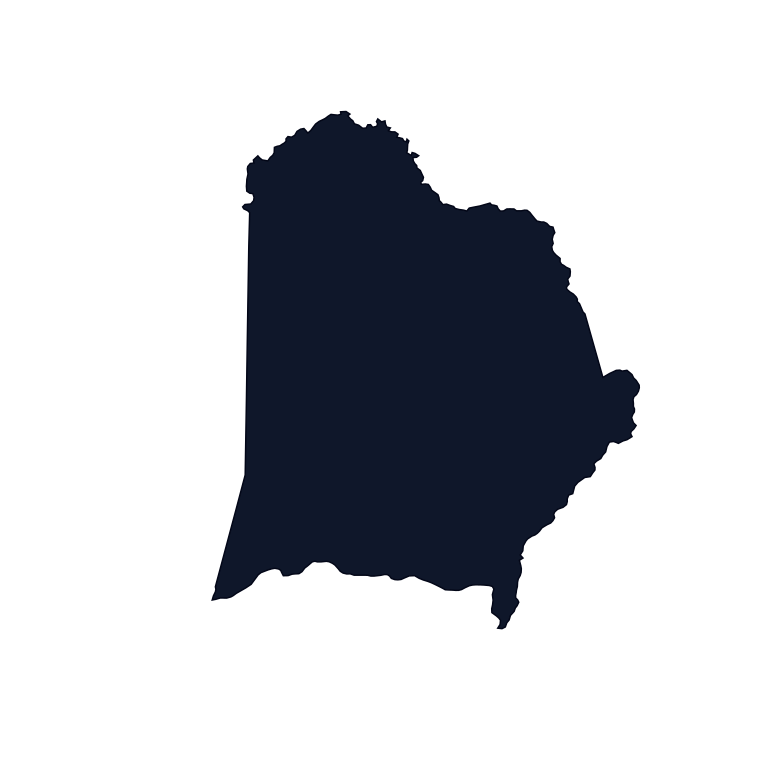 the district of Terra Nova do Norte, Mato Grosso, Brazil, rotated 249°
{"feature_id": "56859067B55158769259691", "entity_name": "Terra Nova do Norte", "entity_type": "district", "adm_level": 2, "iso_a3": "BRA", "parent_name": "Brazil", "parent_adm1": "Mato Grosso", "projection": "robinson", "projection_center": [-54.989, -10.486], "detail": "fine", "context": "isolated", "style": "filled", "palette": "ink", "viewbox_px": 768, "rotation_deg": 249, "n_neighbors": 0, "source": "geoboundaries", "source_scale": "gbopen_adm2", "svg_char_len": 4719}
<svg xmlns="http://www.w3.org/2000/svg" viewBox="0 0 768 768"><g transform="rotate(249 384 384)"><path d="M246.0,596.7L249.1,596.4L251.1,597.7L252.6,601.3L254.9,604.5L258.3,603.0L261.2,603.0L263.9,603.1L266.4,605.3L268.2,607.7L270.9,608.9L273.7,608.8L276.5,609.9L280.2,610.9L282.5,612.7L283.7,615.9L286.1,618.9L289.0,621.0L291.5,621.8L296.9,620.7L300.2,619.2L303.9,618.9L306.0,617.8L309.7,615.7L310.7,610.9L312.4,609.2L313.5,605.7L313.2,601.7L313.0,598.6L311.7,590.7L377.4,596.7L380.0,595.6L388.8,595.3L391.8,594.0L393.9,594.9L396.3,594.6L400.1,593.0L403.4,590.5L407.0,588.6L409.2,589.2L411.1,592.6L413.7,592.7L416.1,593.1L418.1,596.3L422.0,598.2L424.8,598.8L427.6,596.0L430.4,594.2L432.2,592.6L435.1,592.2L438.1,593.4L442.9,590.7L446.0,589.5L448.5,589.1L452.1,589.8L454.6,592.3L458.8,592.9L462.2,595.2L464.1,597.7L467.2,597.8L469.9,598.0L471.8,595.1L475.6,593.5L477.9,591.3L478.9,588.8L481.3,585.2L484.1,584.1L488.3,582.7L492.0,581.6L494.9,579.8L495.9,577.6L496.5,574.1L498.2,569.7L500.8,568.1L502.4,564.2L503.4,561.3L502.7,557.7L503.7,554.6L506.5,553.4L509.7,553.2L511.4,550.9L512.7,548.6L514.9,547.8L515.5,541.1L515.8,537.5L517.0,530.8L517.7,526.6L515.8,523.3L517.8,520.6L519.9,516.8L522.3,513.4L524.8,512.6L527.1,509.6L529.5,506.9L530.4,503.2L533.0,502.5L535.4,501.4L538.3,502.1L541.4,502.2L544.7,500.0L547.8,497.9L551.2,497.7L554.4,496.9L555.9,494.3L557.0,490.4L559.2,490.6L560.0,493.0L562.8,494.9L566.7,494.6L570.3,494.4L573.9,492.2L576.3,492.8L578.6,491.8L581.6,491.3L585.0,492.1L584.0,495.7L584.7,498.2L588.2,495.6L590.0,493.2L587.6,491.3L591.8,488.1L593.8,489.6L596.4,490.7L599.5,492.1L602.0,494.3L604.3,493.2L602.1,491.7L603.7,489.6L606.5,489.2L608.2,486.9L609.8,484.3L612.2,486.7L615.4,484.6L616.8,481.2L618.9,478.9L620.8,481.7L622.9,478.7L626.0,478.5L629.3,479.2L629.6,475.6L633.7,473.2L631.7,471.0L629.2,471.3L627.2,469.6L627.7,465.4L630.9,464.4L631.8,461.8L629.4,459.1L630.4,455.7L634.7,453.1L637.5,449.6L641.0,449.2L643.4,447.7L647.3,446.3L648.2,448.9L652.0,446.2L653.7,441.0L651.3,440.5L651.5,437.4L652.9,434.5L654.7,431.1L654.0,427.8L653.0,424.4L652.7,421.7L652.4,417.6L651.2,413.3L649.1,409.9L646.9,406.5L645.6,402.8L648.7,401.8L651.2,400.8L651.8,397.4L651.0,393.3L648.1,389.7L647.6,386.1L649.4,383.0L648.0,380.4L645.7,379.5L644.7,377.2L644.3,374.7L643.7,372.2L644.2,369.4L644.2,366.5L641.7,365.4L639.3,364.4L637.4,362.1L636.3,359.0L633.9,355.5L636.8,350.6L639.7,348.9L642.2,348.0L641.1,345.3L639.9,342.3L636.9,341.8L637.8,338.2L635.9,334.8L633.8,333.5L628.8,332.3L624.2,329.3L621.3,328.0L617.9,326.4L613.2,325.0L610.2,327.1L608.7,329.8L604.8,329.6L601.9,328.0L599.8,324.1L601.4,318.5L600.0,315.5L597.8,315.9L594.6,318.9L592.1,320.0L560.5,306.9L475.4,272.7L418.3,249.8L348.8,221.8L321.5,202.1L255.1,153.9L252.6,153.5L250.4,152.1L247.3,148.8L243.9,146.2L243.3,149.7L242.9,154.5L240.5,160.5L240.1,164.8L240.5,167.5L241.5,171.1L243.2,181.9L244.6,188.2L250.9,198.1L252.0,201.5L252.0,209.3L251.7,212.9L251.1,216.0L249.1,219.3L247.1,220.8L244.8,220.9L241.1,221.3L239.5,225.8L239.4,230.0L238.7,232.6L237.4,236.6L238.2,240.2L240.6,244.1L241.5,247.2L243.7,253.4L243.3,256.0L241.8,258.1L240.6,261.2L239.1,266.7L237.7,269.1L235.1,271.6L232.6,273.3L227.9,275.1L224.9,276.0L222.2,278.0L220.0,281.2L218.9,284.4L216.2,287.6L214.1,293.2L212.6,297.1L211.3,300.2L209.4,302.9L208.2,306.1L206.6,312.3L206.0,316.1L204.9,318.8L202.8,320.4L199.9,321.2L197.5,324.0L196.2,326.8L195.4,329.9L195.6,333.2L195.8,338.8L194.1,343.9L190.0,347.2L187.0,350.4L184.1,354.1L181.7,356.8L178.7,359.7L174.8,363.3L172.1,365.7L170.0,367.4L168.4,370.9L166.9,374.4L165.6,377.1L164.6,379.9L164.3,382.7L164.8,386.6L165.1,391.4L164.6,394.6L163.7,397.6L162.0,401.9L160.4,405.5L158.2,410.0L156.2,412.6L153.2,413.1L148.5,409.7L143.1,408.4L138.9,406.2L135.6,404.0L131.9,402.8L127.3,405.8L124.4,407.3L121.7,408.1L117.9,406.2L115.3,402.7L113.3,406.5L113.7,410.2L117.1,413.1L118.8,416.2L122.6,419.1L125.1,424.0L127.8,426.3L129.3,428.8L132.0,431.6L134.5,431.4L137.1,430.3L139.4,431.1L142.0,432.7L144.1,433.8L147.1,435.9L151.2,437.7L153.9,439.5L156.4,442.5L159.0,444.5L162.3,446.0L165.4,446.6L170.9,447.2L171.7,451.4L175.6,449.9L178.5,453.8L183.0,456.0L186.5,460.1L187.9,462.5L189.0,467.4L189.0,470.9L189.7,473.6L190.9,476.4L193.1,479.9L193.6,482.4L194.2,485.8L194.5,489.8L195.9,492.7L198.0,495.3L201.6,495.7L203.5,497.7L204.8,501.1L204.8,504.3L204.7,506.9L206.0,511.1L208.6,513.0L211.1,513.9L214.1,516.6L214.0,520.9L217.2,523.2L220.3,525.4L222.7,529.8L223.8,534.1L224.8,537.9L223.6,543.4L226.3,547.1L228.1,550.1L230.5,551.1L234.3,551.3L235.8,554.6L236.7,559.7L239.1,562.6L241.2,566.6L245.7,569.7L249.0,573.6L248.1,577.6L246.3,579.8L244.6,581.5L244.9,584.1L245.2,586.7L244.9,590.9L246.0,596.7Z" fill="#0f172a" stroke="#020617" stroke-width="1.5"/></g></svg>